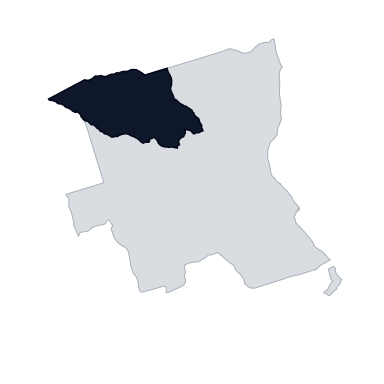 Cuando Cubango on a map of Angola (Mercator projection), rotated 163°
{"feature_id": "AGO-1888", "entity_name": "Cuando Cubango", "entity_type": "Province", "adm_level": 1, "iso_a3": "AGO", "parent_name": "Angola", "parent_adm1": "", "projection": "mercator", "projection_center": [19.423, -15.802], "detail": "fine", "context": "in_parent", "style": "filled", "palette": "ink", "viewbox_px": 384, "rotation_deg": 163, "n_neighbors": 0, "source": "natural_earth", "source_scale": "10m", "svg_char_len": 9463}
<svg xmlns="http://www.w3.org/2000/svg" viewBox="0 0 384 384"><g transform="rotate(163 192 192)"><path d="M313.5,183.1L313.9,185.7L314.3,189.4L314.6,192.1L315.0,193.3L315.1,193.9L314.7,194.6L314.4,196.2L313.9,197.6L313.5,198.6L313.8,200.5L313.4,205.8L313.3,208.5L314.1,213.3L314.0,214.7L312.3,219.1L311.9,221.3L311.8,222.4L313.5,225.7L313.4,226.3L312.1,226.5L311.0,226.6L273.7,226.6L273.7,282.8L273.7,287.6L274.9,294.0L277.1,301.0L278.0,301.7L280.2,302.9L283.3,305.6L285.0,307.5L288.6,311.0L293.2,315.4L301.7,322.8L273.3,328.4L262.5,330.4L261.5,330.4L259.9,329.6L256.4,329.5L252.3,330.5L249.0,330.8L246.6,330.3L244.3,329.4L242.0,328.0L238.0,327.5L232.3,327.9L226.9,327.6L221.7,326.7L217.9,326.4L215.6,326.6L213.2,326.3L210.6,325.5L208.5,324.2L205.9,321.4L203.8,318.7L203.3,318.3L202.7,317.9L202.0,317.8L190.8,317.6L122.4,317.5L114.4,318.0L113.8,317.9L112.8,317.6L112.2,317.0L109.9,315.5L108.0,314.3L105.3,312.4L103.6,310.3L102.2,309.6L99.6,309.2L97.7,308.8L96.1,308.7L93.3,309.7L91.3,310.7L89.8,311.7L87.2,312.8L85.0,313.9L81.3,313.7L80.5,313.9L78.4,313.8L76.4,312.9L74.4,312.9L72.1,314.2L68.9,314.6L69.7,306.7L70.5,303.2L70.5,299.1L70.0,288.3L69.5,286.8L69.1,285.1L71.1,283.7L72.1,282.7L73.4,280.9L74.4,278.5L75.5,272.9L79.7,260.3L81.7,247.9L84.2,242.1L85.1,235.6L92.0,227.1L93.7,222.0L97.3,219.4L102.4,216.7L106.0,211.9L107.8,208.6L109.8,202.2L109.8,195.6L111.0,186.8L110.8,184.2L108.9,180.7L108.5,178.2L106.8,175.7L104.9,173.9L104.0,170.5L100.7,165.3L99.8,161.8L98.3,159.3L98.0,156.2L97.2,152.9L95.6,149.7L94.1,146.0L94.1,144.9L95.0,143.5L95.9,143.0L95.6,143.7L95.0,144.5L95.2,145.2L101.3,138.7L101.7,137.4L101.4,136.0L101.4,134.3L101.7,132.3L95.9,120.4L91.3,109.3L90.6,103.7L84.5,96.4L82.1,91.6L80.8,88.3L79.7,87.0L80.1,86.4L81.7,86.2L85.2,85.4L89.9,84.6L94.3,82.6L95.4,81.8L97.8,81.6L100.1,82.1L101.0,81.8L101.5,81.7L107.1,81.7L109.4,81.6L113.7,81.6L116.4,81.8L117.9,82.0L122.1,82.3L127.2,82.3L129.1,82.1L135.9,82.0L148.6,81.8L155.3,81.8L160.4,81.8L162.7,82.5L164.8,83.8L165.8,85.0L166.3,85.5L166.9,86.8L168.0,87.8L168.5,89.4L168.1,91.5L168.3,94.0L169.0,96.9L170.4,100.1L172.5,103.3L173.4,105.9L173.1,107.8L173.8,109.8L175.4,112.0L176.5,113.1L177.2,113.9L179.0,117.2L184.8,126.3L185.7,126.8L187.0,126.6L189.7,126.3L192.4,126.2L194.3,127.0L195.0,126.8L197.9,125.3L200.8,124.8L203.8,124.2L205.4,123.5L207.2,123.5L212.1,124.8L213.0,124.8L217.0,124.8L220.9,124.1L221.5,118.9L221.5,117.8L222.5,115.9L223.7,114.2L223.9,112.5L223.8,110.3L224.7,107.5L227.3,105.4L231.6,104.4L234.1,104.2L237.9,103.6L243.8,102.9L245.9,103.0L246.1,103.3L244.9,107.1L244.8,108.3L245.3,109.6L246.3,110.2L257.9,110.4L269.1,110.8L269.7,111.0L270.2,111.3L270.9,113.1L270.8,116.8L269.7,122.1L270.1,127.1L272.0,131.7L272.2,138.8L270.7,148.4L270.4,154.5L271.2,157.1L273.1,159.7L275.9,162.5L278.1,166.1L279.6,170.6L280.2,173.4L279.8,174.5L279.8,176.5L280.3,179.4L279.7,181.3L278.2,182.2L277.7,183.5L278.5,185.9L278.6,188.1L279.7,189.6L280.4,189.7L282.0,188.9L283.8,187.4L285.3,186.8L287.4,186.9L290.4,187.3L295.6,187.5L297.3,187.2L302.1,185.2L303.4,185.0L305.3,185.2L308.1,185.8L310.8,185.9L312.1,185.3L312.3,184.5L312.7,183.5L313.5,183.1ZM95.5,57.1L95.2,57.4L93.0,58.3L90.7,59.1L87.6,62.5L86.0,64.0L85.6,64.3L84.1,65.1L83.1,65.8L83.1,66.2L83.8,66.7L84.5,67.4L84.5,72.9L84.2,78.4L83.8,78.8L81.8,79.0L79.2,79.4L78.4,79.6L78.1,79.1L77.2,77.1L77.7,75.2L78.2,73.8L77.6,70.9L76.3,68.4L74.9,65.1L74.4,64.5L75.6,63.4L77.4,61.1L78.2,60.0L80.2,59.7L81.0,58.9L81.6,57.5L81.8,56.8L84.1,56.1L86.9,55.0L88.5,53.8L90.0,53.0L91.0,52.9L91.7,53.3L93.5,55.4L95.0,56.8L95.5,57.1Z" fill="#d9dde1" stroke="#a8b0b8" stroke-width="1"/><path d="M273.5,291.6L274.3,292.7L275.0,293.8L274.4,293.8L274.6,294.1L274.8,294.9L275.2,295.4L275.2,296.2L275.9,296.3L276.2,296.5L276.0,297.0L275.8,297.4L275.7,297.7L275.7,298.1L276.3,299.2L276.2,299.7L276.3,299.9L276.7,299.9L276.9,300.1L277.0,300.7L277.2,301.0L278.9,302.4L279.1,302.5L279.3,302.5L279.8,302.3L279.9,302.2L280.3,302.5L280.8,302.6L281.0,302.8L281.1,303.1L281.7,303.9L282.1,304.0L282.3,304.1L282.5,304.3L283.9,306.6L284.1,307.2L284.3,307.5L284.6,307.6L285.2,307.8L285.5,308.1L285.5,308.6L285.6,308.8L286.0,308.9L287.2,309.4L287.4,309.6L288.3,310.6L288.7,311.1L289.0,311.7L289.2,312.7L289.4,313.0L289.7,313.2L290.3,313.5L291.1,314.3L291.6,314.6L292.9,315.1L293.8,315.4L294.1,315.6L294.9,316.5L295.0,316.7L295.2,317.3L295.6,317.9L296.1,318.5L296.6,318.9L297.4,319.2L297.6,319.4L297.7,319.8L297.7,320.4L297.9,320.7L298.3,320.8L299.3,320.6L299.9,320.6L300.5,320.9L300.9,321.2L301.3,321.6L301.8,322.0L301.6,322.3L301.6,322.6L301.8,322.9L283.7,326.4L262.2,330.6L261.9,330.7L261.7,330.7L261.4,330.2L260.8,329.9L259.7,329.5L258.8,329.0L258.4,328.9L257.6,329.0L257.3,328.9L257.0,329.0L256.6,329.2L256.3,329.2L256.0,329.1L252.3,330.1L252.0,330.7L251.3,330.8L250.8,331.0L250.2,331.1L249.8,330.7L249.2,330.4L248.9,330.3L248.7,330.4L248.6,330.5L248.2,330.5L247.9,330.3L247.8,330.2L247.4,330.0L246.7,329.9L245.9,330.0L245.4,330.1L245.2,330.0L244.6,329.5L243.9,329.2L242.9,328.2L242.4,328.0L241.8,328.1L241.1,327.4L240.8,327.3L239.9,327.5L239.7,327.3L239.0,327.9L238.5,327.7L238.0,327.7L237.5,327.8L237.2,328.1L237.1,327.9L236.8,328.1L236.5,328.1L236.0,328.1L234.8,328.2L233.9,327.9L233.1,327.5L230.0,327.5L229.9,327.6L229.5,328.1L229.2,328.1L228.3,327.7L228.2,327.6L228.0,327.2L227.6,327.1L227.1,327.1L226.0,327.4L222.5,327.4L219.4,326.5L219.0,326.3L218.1,326.3L217.3,326.2L216.9,326.3L216.2,326.6L214.5,326.7L211.9,326.2L210.1,325.3L209.3,325.1L209.1,324.9L208.7,324.3L207.5,323.1L207.0,322.8L206.8,322.6L206.7,322.4L206.5,321.9L205.5,321.0L205.2,320.9L205.1,320.6L204.4,319.3L203.9,319.1L203.9,318.9L203.5,318.1L203.3,317.9L203.2,317.6L179.7,317.6L179.8,314.0L178.8,309.5L178.6,307.4L178.6,306.0L178.8,304.6L179.0,303.9L179.9,301.9L180.3,300.2L181.6,298.6L181.9,298.0L182.2,297.4L182.5,296.2L182.4,293.6L181.8,289.6L181.8,287.0L181.6,286.4L181.3,285.7L181.0,285.4L180.0,284.5L177.4,279.9L176.9,279.4L175.8,278.6L175.4,278.1L175.2,277.1L174.8,277.3L174.7,277.1L174.5,276.7L174.3,276.6L173.7,276.5L172.8,275.7L172.4,275.5L172.4,275.4L172.6,275.1L171.9,274.7L171.7,274.5L171.2,274.1L171.1,273.7L171.0,273.1L170.9,272.9L170.2,272.8L169.9,272.6L169.7,272.3L169.6,272.1L169.7,271.6L169.7,271.4L169.1,271.2L168.2,270.2L168.0,269.8L168.0,269.5L168.0,269.3L168.3,269.1L168.3,268.8L168.2,268.4L167.9,268.1L167.7,267.8L167.3,267.2L167.1,266.9L167.1,266.4L167.3,265.3L167.2,264.8L167.0,264.4L166.2,263.4L166.2,263.2L166.5,262.4L166.7,262.2L166.3,261.9L165.5,261.8L165.8,261.4L165.2,261.3L164.8,261.0L164.4,260.5L164.1,260.1L164.1,258.3L164.2,257.9L164.1,256.8L164.2,256.0L164.0,255.5L163.7,254.8L163.6,254.5L163.3,252.7L163.4,252.4L163.7,252.2L163.9,250.9L164.0,250.2L163.6,248.8L163.6,248.6L163.8,248.2L163.6,247.4L164.0,247.2L166.0,247.2L166.9,247.1L167.6,246.8L168.2,246.7L168.8,246.8L169.2,246.9L169.9,247.4L170.2,247.6L170.7,247.6L171.1,247.5L171.7,247.1L172.3,246.9L172.7,247.0L173.2,247.1L173.4,247.3L173.7,247.6L174.3,248.7L174.5,249.1L174.7,250.1L174.9,250.5L175.8,251.3L176.9,252.0L177.5,252.3L178.7,253.1L179.3,253.4L179.8,253.5L180.1,253.6L180.5,253.5L180.3,253.2L180.3,252.9L180.9,252.1L181.0,251.7L181.0,251.4L181.0,250.6L181.1,250.2L182.2,249.4L182.8,248.7L183.4,247.8L183.7,247.6L184.2,247.3L184.4,247.3L185.1,247.4L186.0,247.0L186.7,247.0L186.9,247.0L187.9,246.3L188.4,246.2L189.1,245.5L189.5,245.2L190.1,244.5L190.2,244.1L190.2,242.2L190.1,241.7L190.0,241.2L190.3,240.8L192.0,240.4L192.6,239.9L192.9,239.1L193.2,238.3L193.8,238.6L198.4,241.1L199.1,241.3L199.6,241.3L200.1,241.2L200.8,241.4L203.3,242.6L204.1,242.8L204.7,243.0L205.2,243.2L206.5,244.2L206.7,244.3L207.0,244.4L207.2,244.6L207.4,245.0L208.2,245.5L208.7,246.1L208.8,246.3L208.8,246.6L208.9,246.9L209.1,247.1L209.3,247.6L209.7,248.0L209.8,248.3L209.9,248.5L209.7,248.8L209.7,249.0L210.0,249.8L210.1,250.3L210.2,250.6L210.1,251.0L210.2,251.7L210.4,252.1L210.6,252.6L210.9,253.0L211.1,253.6L211.4,253.9L211.5,254.3L212.1,255.1L212.8,255.4L213.1,255.4L214.5,254.9L215.1,254.8L215.9,254.9L217.3,255.2L217.7,255.0L217.8,254.7L217.6,253.7L217.6,253.3L217.7,252.9L218.1,252.6L218.5,252.4L219.1,252.3L219.8,252.5L220.7,252.9L222.4,253.2L224.0,253.0L224.7,253.1L225.0,253.5L225.5,254.3L226.0,254.7L226.4,255.1L226.8,256.3L226.9,256.5L227.2,256.8L227.5,257.3L227.8,258.1L227.9,258.3L228.1,258.5L228.6,258.9L228.8,259.1L229.1,259.6L229.6,260.0L230.6,261.1L231.7,262.0L232.1,262.4L232.4,262.6L232.6,262.9L233.1,263.1L233.8,263.5L234.3,264.3L235.3,265.1L235.8,265.8L237.4,266.7L238.4,267.0L239.1,267.4L239.4,267.5L240.2,267.4L240.9,267.4L242.5,267.7L243.4,267.5L244.8,267.5L245.1,267.5L245.5,267.3L245.9,267.1L246.3,267.1L246.8,267.2L247.0,267.1L247.3,266.9L247.5,266.9L247.8,267.0L248.7,267.5L249.5,267.8L250.2,267.9L250.5,267.8L250.7,267.5L250.9,267.4L251.3,267.6L251.9,268.1L252.3,268.2L252.7,267.9L253.1,268.5L253.2,268.9L253.4,268.8L253.5,268.9L255.2,270.7L255.6,271.4L256.1,271.9L256.2,272.3L256.5,272.1L256.9,272.2L257.1,272.4L257.2,273.0L257.5,273.2L257.8,273.1L258.3,273.0L258.8,273.5L259.4,274.7L259.4,274.9L259.3,275.1L259.4,275.3L259.9,275.7L260.6,276.0L260.8,276.2L260.9,276.6L261.3,276.5L261.7,276.6L261.9,276.8L262.3,277.8L262.6,279.4L262.8,279.8L263.5,280.0L264.1,280.8L264.5,281.3L264.7,282.3L264.9,282.6L265.6,283.4L266.0,284.8L266.6,285.3L267.2,285.4L267.8,285.3L268.3,285.5L268.5,285.8L268.5,286.1L268.6,286.3L269.1,286.4L269.2,286.6L269.6,287.4L269.7,287.8L270.2,288.5L270.7,289.8L270.9,290.1L271.2,290.3L272.3,290.7L272.9,291.1L273.5,291.6Z" fill="#0f172a" stroke="#020617" stroke-width="1.5"/></g></svg>